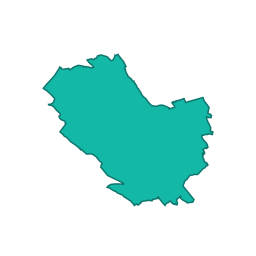 the district of Butoiesti, Mehedinti, Romania, rotated 210°
{"feature_id": "2599482B50012725425393", "entity_name": "Butoiesti", "entity_type": "district", "adm_level": 2, "iso_a3": "ROU", "parent_name": "Romania", "parent_adm1": "Mehedinti", "projection": "equal_earth", "projection_center": [23.382, 44.564], "detail": "fine", "context": "isolated", "style": "filled", "palette": "teal", "viewbox_px": 256, "rotation_deg": 210, "n_neighbors": 0, "source": "geoboundaries", "source_scale": "gbopen_adm2", "svg_char_len": 5738}
<svg xmlns="http://www.w3.org/2000/svg" viewBox="0 0 256 256"><g transform="rotate(210 128 128)"><path d="M173.5,186.7L174.1,185.6L174.4,185.5L175.2,184.2L175.2,183.6L175.4,183.8L175.1,182.6L175.0,181.6L175.1,179.6L175.3,178.9L175.8,178.1L176.2,178.0L178.0,178.2L179.0,178.7L179.9,178.6L180.7,179.1L181.8,179.2L182.8,179.1L183.6,178.8L187.1,178.0L187.5,177.9L188.6,177.2L189.4,176.2L190.3,175.4L190.5,174.7L190.2,173.8L190.3,172.9L190.7,172.2L191.3,171.8L191.5,171.6L191.8,170.4L192.1,170.0L192.6,169.7L193.6,169.8L194.5,169.4L197.0,167.0L197.4,166.4L196.8,166.2L196.7,166.0L195.7,165.9L195.1,165.5L194.4,165.2L194.0,165.1L193.1,164.7L192.3,164.8L191.0,164.6L190.0,164.1L189.2,163.9L188.8,163.7L187.9,164.0L188.3,163.6L188.3,163.2L188.9,162.3L189.9,161.8L190.9,161.6L191.8,161.2L193.0,161.0L194.0,160.3L195.2,160.2L196.3,159.4L196.9,158.5L197.2,158.7L197.3,158.9L197.4,159.1L197.8,159.2L198.5,158.8L200.1,158.3L202.6,157.3L202.9,156.9L202.8,156.6L203.0,156.3L204.5,154.9L204.9,154.3L205.5,153.2L206.1,152.3L206.1,151.9L206.2,151.5L206.7,150.8L207.1,149.9L207.5,149.2L207.8,149.2L208.1,149.7L209.1,150.0L213.6,146.4L214.1,146.1L215.3,146.1L215.8,146.2L216.1,146.4L216.2,146.8L217.7,146.5L217.4,144.8L217.4,144.2L217.8,136.8L218.9,131.5L219.0,131.2L219.6,128.3L220.3,125.2L221.2,120.0L221.2,119.9L216.7,119.6L214.7,119.2L212.9,118.9L206.7,117.1L206.0,116.0L205.7,115.0L205.5,113.6L205.6,112.6L205.8,111.8L206.2,110.9L206.9,110.0L207.9,109.1L208.6,108.7L208.4,108.5L208.0,108.4L207.5,108.5L206.3,109.1L205.4,109.3L204.2,109.4L202.8,109.2L199.0,107.7L195.6,106.9L194.9,106.8L193.8,106.4L193.3,106.0L193.2,105.5L193.3,104.6L193.6,104.1L193.6,103.7L193.4,103.4L192.0,102.3L189.7,101.8L186.7,102.3L186.1,102.3L185.6,102.1L185.2,101.6L184.9,100.8L183.8,100.6L184.9,91.5L185.0,90.7L184.9,90.5L184.1,90.3L183.2,90.3L182.2,90.1L181.5,90.3L181.4,90.0L180.4,89.7L179.9,89.3L178.2,89.0L177.5,89.3L176.7,89.2L174.6,88.7L171.3,87.6L170.5,87.4L164.6,87.0L159.6,86.1L158.4,86.1L158.7,85.7L157.9,85.4L157.4,85.8L156.2,86.0L155.4,85.5L154.1,85.3L153.1,85.4L151.9,84.8L151.0,84.8L150.2,85.1L148.8,86.0L147.8,86.8L146.3,87.4L145.7,87.5L141.5,87.3L138.1,86.0L137.6,85.7L135.8,85.2L133.2,84.7L132.5,84.1L132.4,83.8L132.4,83.6L132.8,83.2L132.0,80.5L121.9,76.7L108.6,77.7L104.2,77.9L104.1,77.6L104.1,77.1L103.1,77.1L104.3,76.8L105.3,76.4L108.9,74.4L109.3,74.3L109.8,73.8L110.3,73.6L110.6,73.3L111.3,73.1L112.1,72.4L114.6,70.6L115.1,70.1L115.3,69.3L116.0,68.3L116.3,67.6L116.4,66.2L115.0,66.7L108.3,66.5L107.6,67.1L105.0,66.5L104.4,66.5L102.5,66.9L101.8,66.7L100.6,66.9L99.8,67.3L99.3,67.4L97.9,66.7L96.9,66.4L94.5,66.6L94.0,66.3L93.7,66.3L93.1,66.5L90.6,66.1L88.8,66.2L86.8,65.2L85.1,65.0L84.8,64.7L84.3,64.5L84.2,64.2L83.7,64.1L82.7,66.4L81.6,66.5L81.3,66.4L81.3,66.2L81.1,66.2L80.4,66.8L80.0,68.3L79.4,69.7L79.7,69.8L79.9,70.0L79.6,70.5L79.4,70.9L79.4,71.2L78.3,72.2L77.8,72.9L76.8,73.2L75.4,74.5L74.9,75.1L74.6,75.2L73.4,76.1L73.0,76.0L72.5,76.5L71.6,76.5L70.7,77.2L70.7,78.0L71.0,78.5L69.3,79.8L66.9,82.0L67.7,82.7L67.7,83.0L67.3,83.5L65.5,82.4L59.5,80.2L57.2,79.4L57.2,81.3L56.3,83.3L55.6,83.7L55.7,84.5L55.0,85.9L52.4,85.0L49.9,84.9L49.3,86.0L48.8,85.6L48.1,85.6L47.1,86.0L47.6,87.6L48.8,88.8L50.3,90.2L49.2,92.8L48.6,95.3L48.2,95.3L48.2,94.6L47.6,93.7L45.9,93.2L44.7,93.0L40.5,93.2L39.4,92.7L34.8,96.2L35.1,99.0L51.4,105.3L51.7,106.9L51.9,108.7L52.2,109.6L52.3,110.2L51.6,112.3L51.2,112.9L51.3,114.2L50.9,116.4L50.8,117.7L50.6,118.0L50.1,118.5L48.6,119.5L47.4,120.9L46.7,121.3L46.0,121.9L45.3,122.0L44.7,122.4L44.3,123.1L43.8,124.8L43.7,126.1L43.4,126.7L42.8,130.0L42.6,130.6L41.9,131.3L41.6,131.8L41.5,133.2L40.4,135.4L40.3,136.0L41.0,136.2L41.4,136.4L41.7,136.9L41.9,137.0L42.5,136.9L42.8,136.3L43.2,136.5L43.4,137.1L43.9,136.7L45.1,137.3L46.9,138.5L46.8,139.0L48.7,139.7L48.9,140.9L49.3,142.1L49.5,142.0L50.0,142.1L50.6,142.3L50.9,143.4L50.3,143.5L48.3,144.0L49.2,144.2L49.2,144.6L49.7,144.8L49.6,145.0L50.2,145.4L50.3,145.5L50.2,145.6L50.3,145.7L50.6,145.9L50.9,145.8L52.3,146.7L50.8,149.7L50.2,149.5L50.0,149.8L49.7,149.7L49.4,150.4L49.5,151.4L49.3,151.6L50.7,152.2L50.8,152.3L50.6,152.9L51.8,153.7L53.2,154.4L53.8,154.5L55.1,155.0L55.6,154.9L56.2,155.1L56.9,155.7L57.4,155.7L58.9,156.5L60.4,158.5L60.4,158.8L59.7,159.0L58.9,159.6L58.4,160.3L58.2,160.8L56.0,162.0L55.6,162.5L55.7,163.3L55.1,163.4L51.7,164.5L52.6,167.1L53.7,166.8L54.0,166.3L54.2,166.7L55.5,166.9L55.7,167.1L55.8,167.9L56.2,168.7L56.3,169.4L56.9,169.8L58.1,170.8L59.9,172.0L63.5,174.4L64.7,175.6L65.5,176.9L63.4,177.3L62.8,177.8L61.9,178.1L61.7,178.5L61.3,178.7L61.6,179.0L61.9,180.0L61.9,180.6L62.7,180.7L63.4,181.1L64.4,180.8L66.2,180.6L66.4,181.4L66.7,181.9L66.8,182.5L67.4,184.0L68.0,186.2L68.2,186.4L72.8,188.4L74.9,189.2L76.2,190.0L78.0,191.7L78.3,191.9L90.8,179.0L94.3,181.5L97.2,177.8L97.4,177.9L99.2,175.8L99.8,175.9L100.1,175.4L100.2,174.8L100.6,174.3L100.3,173.8L100.4,173.5L101.1,173.2L101.3,172.9L101.5,172.9L101.9,173.4L102.6,172.2L102.5,171.8L98.8,170.2L98.0,169.6L98.3,168.9L98.9,168.2L102.0,165.0L102.3,165.4L102.3,166.0L106.1,165.7L106.7,165.4L107.9,165.4L109.0,165.2L109.8,164.9L110.2,164.4L111.0,164.3L111.3,164.1L114.6,160.7L118.9,159.3L122.7,160.3L126.3,161.9L128.4,162.6L130.1,162.7L131.0,163.0L134.1,164.4L134.4,165.1L134.6,165.3L136.0,165.6L138.4,167.1L139.9,167.4L141.1,168.2L142.1,169.3L143.4,169.3L143.8,169.7L144.0,170.2L144.6,170.1L144.9,170.2L145.0,170.3L145.9,171.0L146.2,171.5L146.4,171.6L147.1,171.0L147.6,170.9L148.1,171.1L149.3,172.1L150.3,172.0L151.0,172.4L152.1,172.4L153.3,172.8L153.7,172.6L154.7,173.5L156.7,174.7L159.6,176.8L159.6,177.1L159.3,177.2L159.4,177.4L160.2,177.6L160.4,178.1L161.3,179.2L160.4,180.1L160.5,180.3L161.5,180.8L162.6,181.7L165.2,183.3L171.9,185.9L173.5,186.7Z" fill="#14b8a6" stroke="#0f766e" stroke-width="1.5"/></g></svg>